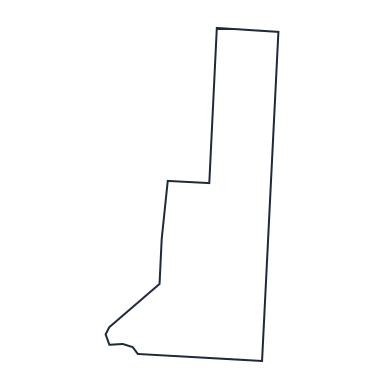 outline of Jim Wells, Texas, United States of America, rotated 183°
{"feature_id": "52423323B29014105242179", "entity_name": "Jim Wells", "entity_type": "district", "adm_level": 2, "iso_a3": "USA", "parent_name": "United States of America", "parent_adm1": "Texas", "projection": "robinson", "projection_center": [-97.972, 27.659], "detail": "fine", "context": "isolated", "style": "outline", "palette": "slate", "viewbox_px": 384, "rotation_deg": 183, "n_neighbors": 0, "source": "geoboundaries", "source_scale": "gbopen_adm2", "svg_char_len": 325}
<svg xmlns="http://www.w3.org/2000/svg" viewBox="0 0 384 384"><g transform="rotate(183 192 192)"><path d="M113.2,26.9L114.1,356.4L175.8,357.1L175.2,201.8L216.8,201.8L219.8,143.5L219.6,98.5L267.5,52.7L270.8,45.3L266.5,35.1L253.2,36.6L243.1,34.0L237.6,27.4L113.2,26.9Z" fill="none" stroke="#1e293b" stroke-width="2"/></g></svg>